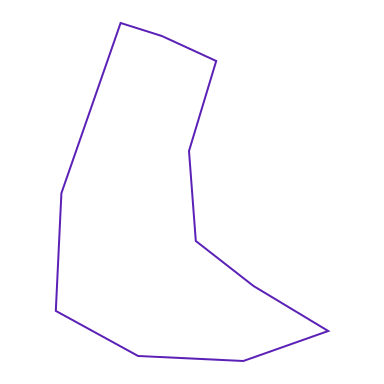 map outline of Gamprin (Mercator projection)
{"feature_id": "LIE-4897", "entity_name": "Gamprin", "entity_type": "state/province", "adm_level": 1, "iso_a3": "LIE", "parent_name": "Liechtenstein", "parent_adm1": "", "projection": "mercator", "projection_center": [9.505, 47.21], "detail": "fine", "context": "isolated", "style": "outline", "palette": "violet", "viewbox_px": 384, "rotation_deg": 0, "n_neighbors": 0, "source": "natural_earth", "source_scale": "10m", "svg_char_len": 265}
<svg xmlns="http://www.w3.org/2000/svg" viewBox="0 0 384 384"><path d="M55.8,310.9L61.4,193.2L120.6,23.0L161.8,36.0L216.2,61.0L189.0,151.0L195.8,241.0L253.5,286.0L328.2,331.0L243.3,361.0L138.1,356.0L55.8,310.9Z" fill="none" stroke="#5b21b6" stroke-width="2"/></svg>